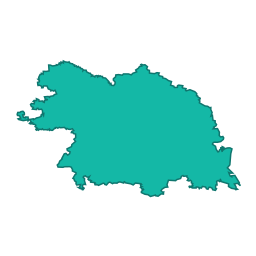 Natore, Rajshahi, Bangladesh, rotated 268°
{"feature_id": "16705992B43065208682222", "entity_name": "Natore", "entity_type": "district", "adm_level": 2, "iso_a3": "BGD", "parent_name": "Bangladesh", "parent_adm1": "Rajshahi", "projection": "equal_earth", "projection_center": [89.103, 24.393], "detail": "fine", "context": "isolated", "style": "filled", "palette": "teal", "viewbox_px": 256, "rotation_deg": 268, "n_neighbors": 0, "source": "geoboundaries", "source_scale": "gbopen_adm2", "svg_char_len": 5736}
<svg xmlns="http://www.w3.org/2000/svg" viewBox="0 0 256 256"><g transform="rotate(268 128 128)"><path d="M140.3,19.0L139.0,23.5L139.6,28.0L138.6,28.3L139.8,29.3L139.5,30.1L137.7,31.4L136.6,30.2L136.5,31.8L135.7,30.3L135.4,31.1L135.9,32.9L135.1,33.2L135.0,34.8L134.0,36.0L132.7,35.2L130.9,37.4L130.7,36.4L129.7,35.8L129.0,36.5L129.6,37.8L128.9,38.3L129.9,39.9L129.4,41.3L130.2,42.5L129.2,43.2L129.2,46.1L128.8,47.4L129.4,48.0L128.5,49.3L129.7,49.5L128.4,50.9L128.3,52.5L130.1,54.6L130.2,55.4L130.9,55.4L131.0,56.6L130.3,57.8L131.1,59.5L130.6,60.6L130.8,64.5L128.9,66.3L129.7,67.0L128.9,68.3L128.6,70.2L129.2,72.4L127.3,73.7L126.6,71.7L125.4,71.2L125.1,73.1L124.3,73.4L123.8,75.4L120.1,75.4L118.7,73.5L116.4,75.1L113.4,71.3L111.4,70.9L109.3,66.3L107.6,66.6L106.2,69.3L104.4,68.8L103.0,66.8L104.8,65.1L104.4,63.4L99.9,60.8L99.4,61.1L97.3,58.6L94.9,57.6L93.5,56.0L91.4,56.7L91.0,61.6L91.5,63.3L91.4,68.5L90.8,69.9L88.3,71.1L87.0,70.9L85.1,74.5L83.7,74.4L83.3,73.5L79.6,71.2L79.2,72.1L77.0,72.8L75.9,74.3L74.0,74.1L72.8,74.8L73.2,78.7L70.8,77.6L70.1,78.0L70.2,76.5L69.0,78.2L69.3,80.0L68.9,79.5L68.0,80.1L68.5,80.6L68.1,81.1L69.3,82.0L70.5,80.7L72.1,80.4L73.2,81.6L73.0,83.6L77.0,82.6L78.7,82.9L80.4,81.5L81.2,82.0L81.7,83.8L80.8,84.5L80.1,86.5L80.8,87.7L78.2,86.2L77.2,87.2L77.3,88.2L76.6,89.5L75.9,88.6L75.2,88.7L74.6,92.9L74.1,93.4L73.8,92.7L72.4,93.1L72.3,95.6L71.7,96.5L73.7,101.3L73.3,102.6L72.4,102.8L71.8,104.5L74.1,106.6L74.5,108.0L72.9,110.6L73.5,111.7L73.3,115.3L74.1,116.3L74.4,118.1L73.2,121.6L73.8,121.6L74.4,122.7L73.3,123.5L72.1,128.8L70.9,131.2L72.7,133.4L71.9,139.0L71.4,139.4L71.4,138.4L69.8,138.7L69.0,139.8L68.9,138.8L68.1,138.3L67.8,139.1L66.0,140.1L66.6,140.9L66.0,141.4L64.2,139.2L63.0,139.1L61.2,142.6L60.6,145.8L58.8,148.0L60.0,153.1L59.3,153.3L58.8,155.7L61.0,158.9L60.7,161.1L62.8,161.4L62.5,160.5L64.2,158.8L65.7,159.9L67.4,162.8L67.6,165.7L70.0,165.0L74.4,166.6L73.7,173.8L74.7,174.8L75.7,178.8L77.8,179.7L78.6,181.3L77.8,182.0L78.0,185.2L77.0,185.1L75.3,186.6L73.6,185.4L72.9,187.1L73.6,188.6L72.5,189.6L71.0,189.4L70.1,190.8L68.8,190.1L67.9,190.9L67.4,190.3L67.7,187.3L67.3,187.0L66.5,187.4L66.9,188.0L65.8,190.4L65.7,194.0L66.6,194.1L66.6,195.3L66.2,196.6L64.9,197.1L65.8,197.9L65.4,199.3L67.0,200.3L66.3,203.5L64.5,204.3L64.0,205.8L65.9,206.9L66.0,207.9L64.9,209.9L63.3,210.5L62.6,213.2L64.2,214.3L64.6,213.5L66.8,213.5L68.1,214.0L68.0,215.0L71.6,214.7L72.4,216.3L71.2,217.7L71.5,218.6L74.0,218.3L71.1,219.5L68.7,226.6L66.0,226.4L64.1,229.3L63.4,232.7L62.6,233.5L63.0,235.3L64.0,234.0L65.7,233.8L68.4,232.3L68.9,235.5L66.4,238.3L69.0,236.9L69.5,237.3L76.9,233.1L76.6,229.8L75.7,229.9L76.6,228.3L80.0,227.1L79.3,228.6L79.3,231.1L84.7,225.9L87.6,228.5L98.7,229.8L103.5,231.2L104.6,229.2L104.6,226.8L104.0,224.3L102.5,222.1L105.2,223.2L106.1,221.5L100.8,221.3L105.7,220.1L103.8,220.0L103.0,218.8L101.2,217.9L101.0,217.0L103.6,215.4L106.7,214.8L108.7,211.9L109.8,212.1L110.8,213.5L110.6,216.8L111.2,220.2L113.3,222.9L114.8,223.3L116.2,222.5L115.8,220.3L117.4,218.9L120.6,219.2L124.3,217.4L124.2,213.1L125.3,214.1L125.9,213.7L127.1,216.0L128.4,216.6L130.3,215.2L132.1,215.4L132.8,213.2L137.7,212.8L137.0,211.3L140.5,212.6L143.4,211.4L145.6,211.5L145.4,210.4L146.9,208.4L147.4,205.6L150.7,200.2L152.5,200.8L153.7,199.6L154.6,201.2L155.3,201.1L156.5,199.0L157.6,198.7L157.9,197.6L160.0,197.9L162.0,196.0L164.1,191.2L163.1,187.4L163.9,186.8L165.3,187.4L166.1,184.0L166.6,183.6L168.3,184.3L168.5,183.6L169.1,180.2L168.6,179.0L166.9,178.8L166.9,175.7L168.2,175.3L169.3,172.0L172.9,173.1L174.0,170.0L176.0,167.4L176.8,164.5L178.2,164.4L179.1,161.1L180.4,160.4L181.9,161.1L182.3,158.9L181.4,156.3L182.1,151.4L184.8,151.4L185.4,149.6L186.7,148.7L188.6,149.6L190.6,147.2L190.5,145.1L191.2,143.8L190.9,143.0L189.3,143.8L189.1,141.7L187.3,140.4L185.7,137.7L183.8,138.6L182.5,134.7L181.0,133.1L182.0,130.4L182.2,125.3L181.0,124.2L181.7,120.4L181.5,117.7L179.4,117.3L177.9,115.2L176.4,115.0L174.3,116.8L172.4,116.5L170.9,115.2L171.2,113.1L171.9,112.8L172.0,111.8L173.2,112.5L173.4,110.7L174.4,110.8L174.3,110.0L175.5,110.1L178.7,107.3L179.2,104.4L180.4,104.3L180.6,102.5L181.1,102.1L180.8,101.4L181.2,100.8L179.8,100.4L181.0,100.2L180.2,99.4L181.3,99.2L181.5,98.6L181.1,96.8L180.2,96.6L181.2,94.9L181.0,93.5L182.1,94.4L182.7,92.9L184.0,92.3L184.1,91.1L185.7,88.5L187.2,88.2L187.4,85.7L186.9,85.1L187.8,85.3L188.9,84.2L188.8,83.2L190.2,82.5L190.0,81.5L191.3,80.6L190.5,79.3L191.9,78.7L191.6,76.8L192.9,76.9L193.0,75.7L194.1,74.9L194.6,72.5L196.2,71.4L195.7,70.8L196.2,67.7L197.2,65.8L196.2,65.8L196.1,65.0L195.4,65.3L196.0,64.1L195.6,63.9L196.1,63.3L194.9,63.1L195.4,61.8L194.1,62.0L194.7,61.3L193.3,59.8L193.7,58.7L193.1,58.7L192.6,54.8L193.6,52.5L193.7,50.9L187.8,51.1L187.4,48.3L187.6,45.3L184.8,45.1L185.7,43.3L184.6,43.1L184.5,42.0L181.7,40.5L180.1,40.8L179.9,39.7L178.3,41.2L177.2,40.9L176.8,39.2L174.2,39.4L173.6,39.6L173.9,40.8L172.6,43.3L171.2,43.1L171.2,44.5L173.0,45.2L172.8,48.5L169.8,49.7L168.7,52.2L167.8,52.2L168.2,53.7L167.5,55.0L168.3,56.4L164.6,57.9L163.9,55.4L162.8,54.7L162.3,51.1L161.4,50.7L162.3,49.4L162.1,45.6L159.9,46.3L159.2,48.9L158.5,45.6L156.5,45.2L157.0,44.1L158.0,43.7L157.8,40.1L159.4,39.9L160.5,37.5L158.6,37.6L158.8,35.1L157.9,34.2L157.3,35.5L155.4,35.0L155.9,32.4L154.9,31.4L152.8,32.2L151.9,34.1L150.2,33.1L149.6,37.3L150.8,37.7L150.9,38.7L149.6,39.5L149.8,42.3L148.4,43.1L145.6,43.2L145.6,44.4L143.4,44.0L144.6,43.4L144.4,42.6L144.7,42.4L143.9,41.5L142.6,41.7L141.7,39.3L141.3,37.0L139.7,34.0L140.5,33.7L139.9,29.5L140.8,28.6L142.4,28.5L142.6,25.8L141.8,25.7L142.2,23.8L144.8,23.2L144.8,24.8L145.5,25.0L147.1,24.8L148.4,23.6L148.1,21.5L147.4,20.6L147.4,18.4L145.6,17.7L144.4,18.0L144.0,20.0L141.6,21.1L141.0,18.4L140.3,19.0Z" fill="#14b8a6" stroke="#0f766e" stroke-width="1.5"/></g></svg>